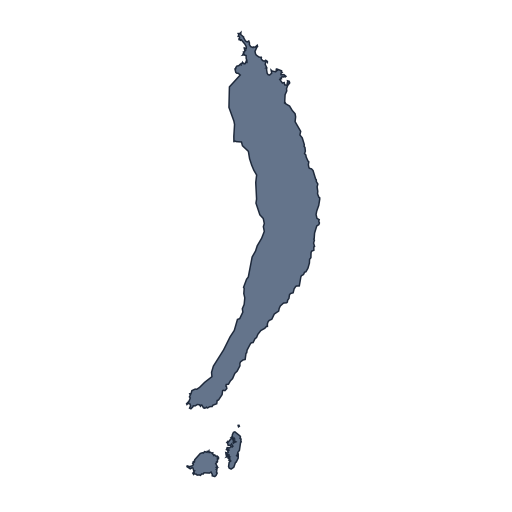 outline of Davao Occidental, Davao del Sur, Philippines, rotated 3°
{"feature_id": "2640588B86868332888935", "entity_name": "Davao Occidental", "entity_type": "district", "adm_level": 2, "iso_a3": "PHL", "parent_name": "Philippines", "parent_adm1": "Davao del Sur", "projection": "robinson", "projection_center": [125.486, 5.999], "detail": "fine", "context": "isolated", "style": "filled", "palette": "slate", "viewbox_px": 512, "rotation_deg": 3, "n_neighbors": 0, "source": "geoboundaries", "source_scale": "gbopen_adm2", "svg_char_len": 6027}
<svg xmlns="http://www.w3.org/2000/svg" viewBox="0 0 512 512"><g transform="rotate(3 256 256)"><path d="M230.8,76.1L220.6,88.5L221.2,109.0L226.9,122.5L227.7,125.8L227.6,137.6L228.0,143.6L228.0,142.0L230.3,142.8L235.5,142.9L236.7,146.6L242.9,151.9L244.5,159.2L246.9,165.4L249.3,170.4L252.4,175.1L251.9,182.6L253.6,199.1L253.2,203.2L257.7,214.7L261.3,218.2L262.6,223.2L261.8,226.3L263.0,231.0L260.7,238.0L256.7,245.7L255.3,251.0L252.2,257.2L249.4,277.4L247.8,279.7L245.2,288.0L245.9,289.0L245.8,294.2L247.0,298.4L246.7,305.0L245.1,309.4L245.8,312.7L243.0,319.4L240.8,320.3L238.2,331.5L234.4,338.0L228.5,351.6L219.2,368.2L217.7,374.5L218.3,378.8L211.3,384.9L206.5,390.2L203.8,392.2L202.2,392.1L199.0,393.8L198.3,397.0L197.1,397.1L197.7,398.3L196.9,400.2L197.8,401.2L196.6,404.9L196.2,404.9L196.2,406.1L195.4,406.0L194.4,407.2L194.8,407.9L195.7,406.8L197.8,407.2L198.5,409.1L197.6,411.4L199.0,412.0L200.9,409.9L201.2,408.9L203.2,408.8L205.1,407.4L207.3,407.5L208.4,408.9L209.0,407.7L209.7,407.7L211.5,410.4L212.0,410.1L212.6,410.7L214.2,410.1L214.4,409.6L215.6,410.3L217.6,408.9L220.1,408.6L220.8,407.2L224.5,405.6L224.8,402.3L226.1,401.8L229.4,396.2L229.7,392.2L230.3,391.8L232.0,392.1L233.8,389.9L233.4,388.1L232.8,387.6L233.0,385.9L235.2,385.5L236.9,382.1L239.0,379.7L241.0,374.3L243.2,372.0L245.7,366.5L245.5,364.2L246.1,362.5L248.5,360.5L250.6,359.9L251.1,353.7L251.8,353.1L252.0,350.5L255.0,344.0L255.9,342.9L257.6,342.6L259.3,338.7L260.8,337.4L261.9,334.2L264.7,330.2L268.6,327.7L270.1,325.8L271.1,325.7L270.9,323.2L271.5,321.1L272.5,319.7L275.1,318.3L277.3,313.0L281.5,309.8L281.9,307.1L282.9,304.6L285.9,301.6L289.0,301.1L289.7,300.4L289.9,298.5L291.1,296.7L291.5,292.8L292.6,291.6L295.0,290.8L295.8,286.8L297.1,284.6L297.8,283.9L300.8,283.6L301.9,274.4L302.4,273.3L304.4,272.0L305.3,269.7L306.7,269.1L308.5,265.5L309.7,260.3L309.7,256.5L310.9,254.8L310.8,249.7L311.3,248.3L313.5,247.2L313.2,244.0L314.0,243.4L312.8,240.1L313.5,237.1L312.8,236.1L313.2,235.5L313.3,230.0L315.1,222.8L317.1,221.4L317.6,219.7L316.8,217.9L317.2,216.4L314.9,215.2L313.8,211.4L314.3,207.9L316.0,202.2L316.7,195.7L316.5,194.4L315.8,194.2L314.2,190.7L314.3,188.2L313.4,183.7L314.0,180.9L312.4,178.6L312.2,176.7L311.5,176.0L308.5,167.7L306.9,166.1L304.7,165.6L304.1,164.6L303.5,162.0L303.8,159.2L302.9,158.4L300.9,154.5L300.5,152.5L299.1,151.2L299.8,148.7L299.2,145.0L298.3,144.1L298.4,142.2L296.0,135.6L293.5,132.8L294.1,129.2L288.0,119.8L288.3,115.0L287.6,111.9L284.5,108.7L281.7,104.5L277.8,102.5L277.0,101.1L276.7,101.3L277.1,101.8L276.6,101.8L276.6,93.4L278.1,89.5L277.7,87.4L278.7,84.1L280.6,81.4L280.0,79.8L278.3,79.4L278.7,81.2L278.0,81.7L278.4,83.0L277.6,83.8L275.7,83.6L275.1,81.3L273.3,81.9L270.5,78.4L271.4,77.9L271.3,77.4L272.1,77.6L272.0,76.4L272.7,75.5L273.7,75.9L274.9,75.2L275.7,75.7L276.5,75.0L274.4,73.4L271.5,73.7L271.4,72.2L272.5,71.2L271.6,70.6L271.8,69.7L266.9,68.1L266.6,68.3L267.4,69.5L266.7,69.6L267.0,69.9L266.0,71.0L262.5,70.5L261.4,69.6L262.1,72.6L260.1,74.6L258.6,74.3L257.6,73.0L256.8,69.4L256.9,67.8L256.4,67.7L256.9,67.4L255.2,64.3L255.5,62.0L256.9,61.3L257.2,61.7L257.2,61.1L255.4,60.0L254.2,61.0L252.6,60.6L251.1,59.2L250.7,57.8L251.3,56.9L250.4,57.4L248.4,57.1L245.8,55.4L244.9,54.1L244.3,51.7L246.0,47.3L246.6,46.8L246.2,45.5L244.2,47.5L242.4,47.4L242.1,48.0L239.7,47.2L238.3,45.2L238.3,43.5L237.5,41.7L236.0,42.7L234.3,41.9L232.1,38.5L232.2,38.0L229.1,35.6L229.2,33.6L228.3,34.6L226.6,34.8L227.3,35.9L226.7,37.6L227.6,37.6L228.2,38.4L228.1,39.7L227.5,40.2L227.9,41.0L229.0,40.8L229.3,41.4L230.1,40.9L233.9,45.1L235.4,47.6L235.4,49.4L233.4,48.8L233.5,49.8L234.7,51.3L234.0,51.6L233.9,52.7L232.8,52.9L233.2,54.4L232.4,55.1L232.8,55.6L232.4,56.0L233.3,55.8L233.8,54.7L233.6,55.9L235.6,56.3L235.9,59.5L236.6,60.9L236.1,61.7L236.7,61.9L236.8,63.2L235.5,63.2L235.1,64.5L234.3,64.7L233.2,64.0L233.0,64.3L232.4,63.4L232.2,64.1L231.0,64.6L231.1,65.9L230.1,65.5L228.9,66.8L226.9,67.4L226.0,68.8L226.0,70.0L225.2,70.3L226.2,73.7L227.3,74.5L228.7,74.5L230.8,76.1ZM219.2,453.0L218.6,454.0L217.6,453.6L217.3,454.6L214.9,454.0L213.8,455.5L212.8,455.3L210.7,456.1L205.5,462.6L205.3,464.6L204.8,464.3L204.0,465.0L204.4,465.5L203.6,466.3L204.4,467.2L203.7,468.7L200.7,469.8L198.3,469.2L198.1,470.0L201.5,472.0L203.2,470.8L204.1,471.0L205.0,473.6L205.9,473.8L204.3,476.2L205.1,477.3L205.7,476.1L205.9,476.8L208.0,477.1L208.6,477.9L210.9,477.6L212.0,478.0L213.1,476.5L214.7,476.5L215.5,475.2L220.9,475.2L222.4,474.1L223.8,476.5L223.8,477.8L226.4,478.4L227.6,477.2L228.6,474.8L227.9,474.3L228.1,471.4L227.5,471.1L228.3,470.2L227.6,469.4L228.3,469.1L227.6,468.9L228.3,468.3L226.6,465.3L227.9,464.1L227.5,463.5L228.3,463.2L228.1,460.5L229.1,460.5L229.2,459.5L228.7,458.6L227.9,458.8L227.8,457.9L226.0,457.9L225.2,456.8L224.2,457.3L224.2,456.9L223.1,456.0L223.1,454.8L222.1,455.1L220.7,454.3L219.6,454.7L219.2,453.0ZM244.1,432.7L242.7,433.3L241.7,435.9L241.7,437.4L241.0,438.2L241.8,438.1L241.5,438.8L243.0,439.4L243.9,438.3L243.4,439.4L243.9,439.8L244.0,439.6L244.2,439.8L243.5,440.1L243.3,441.1L245.7,442.6L244.9,443.0L245.2,443.4L244.6,442.9L243.2,444.1L242.9,443.4L243.3,442.3L242.4,440.0L242.9,440.1L240.8,439.5L238.2,443.1L237.5,442.6L236.7,443.8L237.3,443.9L238.1,446.6L240.8,446.3L241.4,445.1L242.9,447.2L242.2,448.0L240.9,447.6L239.7,449.0L237.2,448.9L237.0,449.8L237.8,450.3L236.9,450.3L236.6,450.9L238.8,451.7L238.0,452.3L238.6,453.8L237.8,454.3L236.1,453.9L236.5,455.8L240.1,456.0L238.9,456.5L239.9,457.6L239.5,457.9L237.7,456.4L236.9,456.4L236.8,457.1L238.0,457.3L237.2,458.2L238.5,457.8L238.6,458.5L240.0,458.4L239.3,459.1L240.2,459.2L240.3,459.6L240.0,459.4L239.2,459.7L240.6,460.9L240.5,461.4L240.0,461.2L239.8,461.4L241.4,462.1L240.0,463.4L239.6,467.6L240.3,469.2L242.3,470.1L244.9,468.1L246.3,463.2L247.0,462.9L248.8,458.8L248.7,455.6L247.8,456.9L247.1,456.4L247.8,455.4L248.1,453.1L249.6,451.0L250.4,442.7L251.0,442.4L250.5,440.9L250.7,439.6L249.6,439.0L250.0,437.5L249.5,436.6L244.1,432.7ZM247.8,425.9L247.0,426.1L247.5,427.5L248.3,426.9L247.8,425.9Z" fill="#64748b" stroke="#1e293b" stroke-width="1.5"/></g></svg>